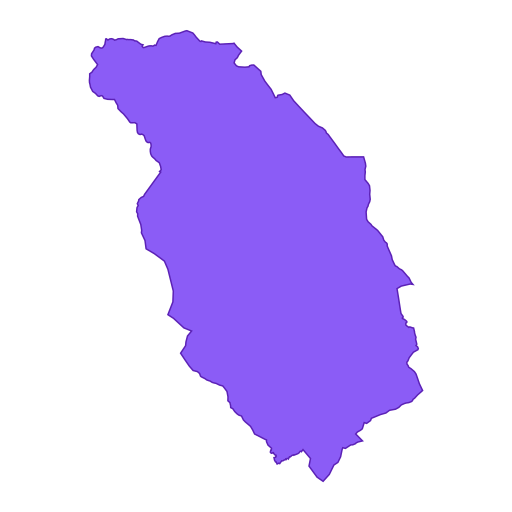 the district of Cicanesti, Arges, Romania
{"feature_id": "2599482B56570346904834", "entity_name": "Cicanesti", "entity_type": "district", "adm_level": 2, "iso_a3": "ROU", "parent_name": "Romania", "parent_adm1": "Arges", "projection": "mercator", "projection_center": [24.6, 45.264], "detail": "fine", "context": "isolated", "style": "filled", "palette": "violet", "viewbox_px": 512, "rotation_deg": 0, "n_neighbors": 0, "source": "geoboundaries", "source_scale": "gbopen_adm2", "svg_char_len": 5154}
<svg xmlns="http://www.w3.org/2000/svg" viewBox="0 0 512 512"><path d="M323.1,481.3L329.3,474.4L333.9,465.0L337.9,462.4L340.6,456.8L342.1,449.5L342.8,447.7L345.4,448.4L350.8,444.9L352.8,444.8L355.6,443.6L356.1,442.9L358.0,442.0L362.5,440.9L355.7,434.0L357.4,432.0L360.6,430.2L362.3,428.8L364.2,422.6L366.6,423.4L370.5,420.6L371.4,418.3L380.6,414.5L385.9,413.0L389.5,410.3L395.5,409.2L398.8,407.4L401.3,404.9L404.5,403.5L406.1,403.0L408.8,402.6L411.6,401.5L412.4,400.7L413.1,399.3L414.6,398.2L417.6,394.9L421.6,391.4L422.6,390.5L419.4,383.8L417.0,376.8L416.0,374.0L414.4,371.6L411.0,368.7L408.7,367.2L408.1,365.6L407.0,364.1L406.8,362.3L407.9,360.9L409.2,357.7L411.3,354.9L413.4,352.2L417.9,349.7L418.3,348.5L417.5,346.7L416.0,345.6L416.8,344.2L415.6,339.2L415.9,337.9L416.0,337.2L415.2,335.1L414.6,333.0L414.5,331.7L413.6,328.0L412.7,327.9L409.8,326.9L408.8,327.4L408.5,327.1L406.9,326.0L405.8,324.9L405.8,323.1L406.6,322.6L406.9,322.1L406.8,321.5L406.0,320.7L404.4,319.4L402.4,318.5L402.4,317.8L403.0,317.4L403.1,316.5L401.0,313.5L400.3,309.4L398.4,297.1L397.0,288.6L401.2,286.1L405.9,285.0L410.2,284.0L412.9,284.4L411.1,282.3L410.1,280.1L409.0,277.9L407.3,276.2L402.7,270.8L401.5,269.8L399.4,268.8L396.8,266.5L395.4,266.0L394.6,264.7L392.2,259.6L391.5,255.9L389.0,250.2L387.2,246.0L387.2,244.0L386.5,242.9L385.4,242.2L383.8,240.2L382.7,236.7L381.2,234.9L377.6,230.4L373.9,227.4L371.9,225.8L371.0,224.4L368.1,221.8L366.6,219.3L366.1,211.9L367.0,207.9L368.0,206.2L368.4,204.4L369.7,201.7L370.2,199.3L369.7,194.3L370.0,190.5L369.5,185.7L368.1,183.4L364.9,179.6L364.9,177.0L364.9,175.6L365.3,172.0L365.0,169.6L365.8,166.2L365.4,163.2L363.6,156.9L357.0,156.9L351.7,156.9L346.3,157.0L343.8,156.0L341.2,152.3L338.5,148.7L336.5,145.9L334.5,143.1L329.4,136.2L328.2,134.5L326.4,133.0L325.9,131.4L325.2,130.3L322.4,127.9L318.4,126.2L315.0,123.5L312.0,120.3L308.1,116.2L304.1,112.0L298.3,105.8L293.7,100.8L289.8,95.1L284.9,93.1L282.1,94.5L278.0,95.2L277.6,95.7L277.5,96.8L277.1,97.3L275.2,97.7L273.4,93.9L271.1,89.3L267.9,85.2L264.8,81.1L261.2,74.6L260.8,71.3L255.5,66.5L253.8,65.0L251.6,65.1L249.6,65.7L249.0,66.8L244.9,67.2L238.6,66.8L236.4,65.8L234.1,62.9L235.0,59.8L237.3,57.7L238.6,55.1L241.6,51.1L237.1,47.0L234.0,43.2L233.7,43.5L219.7,44.2L217.4,42.0L216.2,42.1L215.8,43.7L210.0,42.3L205.4,42.0L201.5,40.9L200.9,41.5L200.6,41.4L199.7,41.0L196.1,37.1L194.3,34.7L192.8,33.0L186.9,30.7L185.3,31.0L182.0,32.2L179.3,33.2L175.3,33.4L171.9,34.8L169.9,36.1L168.5,36.3L167.2,36.1L164.8,36.3L161.9,37.3L159.2,38.6L157.7,41.4L156.0,45.4L154.5,45.1L153.9,45.7L152.8,46.1L151.2,45.8L149.4,45.9L148.3,46.1L146.2,46.8L144.6,47.4L143.3,47.6L142.2,46.5L142.2,46.0L143.0,44.8L142.6,44.7L140.8,44.2L138.4,42.4L136.9,41.2L136.7,41.1L135.3,40.9L134.9,40.9L133.8,40.3L133.5,40.0L130.7,39.6L128.5,39.6L127.1,39.4L126.7,39.6L126.0,39.4L123.1,38.5L118.1,38.8L116.6,39.6L114.6,40.2L113.7,39.4L111.8,38.7L109.8,38.9L107.9,40.0L106.4,38.8L105.7,39.0L105.5,40.9L105.2,42.2L104.9,44.3L103.9,46.0L102.8,47.6L101.8,48.1L100.3,47.9L98.0,46.6L95.7,47.2L94.5,48.2L94.1,49.9L91.6,53.7L91.4,55.9L93.6,59.3L97.6,64.6L96.0,67.4L94.4,68.8L93.2,70.2L92.0,72.1L89.7,73.8L89.7,76.6L89.4,80.4L89.5,82.5L90.0,84.4L90.5,87.2L92.7,91.4L95.5,93.4L97.8,95.9L99.2,96.4L101.1,95.6L102.5,96.0L104.0,98.4L107.6,99.3L112.0,99.5L114.5,99.5L116.2,102.9L117.7,105.3L118.0,108.6L121.3,112.0L123.5,113.9L127.5,118.7L129.8,122.1L130.8,122.8L135.0,122.7L136.9,124.0L136.9,125.4L137.1,130.4L137.5,132.5L138.4,133.8L139.6,134.4L140.4,134.5L141.4,134.1L142.7,134.5L144.1,135.6L145.3,139.2L146.0,141.0L146.8,141.9L148.1,142.6L149.8,142.3L150.7,143.1L151.1,144.9L151.1,146.6L150.3,149.1L150.3,151.4L150.7,153.8L151.7,156.0L152.7,157.1L154.7,158.8L156.1,160.5L158.0,161.8L159.3,162.7L160.6,166.4L161.2,169.7L159.6,171.5L160.7,172.1L144.6,194.3L143.6,196.4L141.3,197.4L138.8,199.6L138.6,201.0L137.3,203.7L138.2,205.5L137.0,207.6L136.6,211.8L137.7,213.7L137.6,216.2L140.8,224.5L141.7,230.3L141.4,232.8L145.0,240.5L146.1,248.8L154.4,253.7L164.4,261.1L167.9,269.2L173.3,291.0L172.9,301.9L167.9,314.7L173.5,318.3L183.9,327.9L191.6,331.0L187.5,336.0L186.0,341.8L185.6,345.7L180.6,353.2L184.9,359.7L189.3,366.1L193.1,370.5L197.4,371.6L199.6,373.5L200.5,376.1L201.3,376.8L205.1,378.7L206.7,379.9L208.9,380.7L210.0,381.0L212.2,382.4L213.9,382.9L216.1,383.4L219.6,385.1L222.7,385.9L224.3,387.8L227.0,391.5L228.0,396.8L227.9,400.8L229.9,402.6L230.6,405.7L230.7,407.6L232.8,408.7L234.7,411.5L237.0,413.8L238.8,415.1L241.5,416.0L243.4,419.9L245.3,421.9L250.5,426.3L252.7,430.0L254.6,434.0L265.4,439.5L266.5,439.9L266.5,441.7L268.0,445.1L271.5,448.2L271.3,450.1L270.8,450.1L270.3,452.1L271.1,453.1L271.8,453.3L272.8,452.6L273.4,452.6L273.4,453.2L275.1,455.0L276.1,455.3L275.8,456.3L276.1,456.7L275.3,457.4L274.0,457.6L274.5,460.1L275.5,461.9L276.1,461.9L277.1,464.0L278.7,463.2L279.7,463.6L281.7,460.8L282.8,460.9L284.3,459.9L285.0,459.9L285.7,459.0L286.2,459.5L287.0,458.5L288.1,458.5L288.4,458.9L289.5,456.8L290.3,456.9L292.0,455.4L293.8,454.8L293.9,455.2L297.8,453.7L299.1,452.8L300.1,451.4L301.2,451.2L301.5,451.6L303.0,449.6L310.5,458.5L309.0,466.1L317.1,477.2L323.1,481.3Z" fill="#8b5cf6" stroke="#5b21b6" stroke-width="1.5"/></svg>